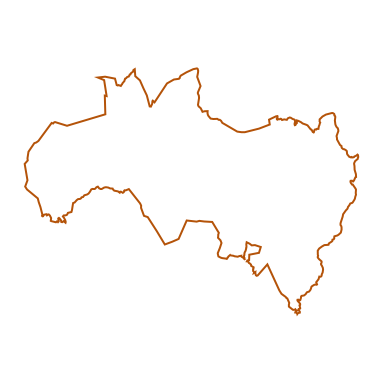 the district of Tetipac, Guerrero, Mexico, rotated 179°
{"feature_id": "50627088B33234056869880", "entity_name": "Tetipac", "entity_type": "district", "adm_level": 2, "iso_a3": "MEX", "parent_name": "Mexico", "parent_adm1": "Guerrero", "projection": "natural_earth1", "projection_center": [-99.695, 18.659], "detail": "fine", "context": "isolated", "style": "outline", "palette": "amber", "viewbox_px": 384, "rotation_deg": 179, "n_neighbors": 0, "source": "geoboundaries", "source_scale": "gbopen_adm2", "svg_char_len": 5891}
<svg xmlns="http://www.w3.org/2000/svg" viewBox="0 0 384 384"><g transform="rotate(179 192 192)"><path d="M25.7,222.2L25.6,223.1L25.2,223.9L25.2,224.5L25.4,226.0L25.9,226.5L27.4,225.3L29.0,224.7L29.4,224.1L30.7,223.7L31.7,224.2L32.0,223.9L32.3,224.1L32.9,223.9L33.7,224.4L34.1,224.4L36.0,226.8L36.3,227.6L36.5,230.2L37.5,231.2L39.0,232.1L40.0,232.2L41.4,233.4L41.7,234.3L41.7,235.3L43.2,236.5L46.1,242.0L46.1,243.4L46.5,245.4L44.6,250.4L44.7,251.6L45.1,253.2L46.2,254.3L47.1,256.0L47.5,257.3L47.9,261.0L47.4,264.5L47.6,265.4L48.3,266.0L48.3,267.2L48.5,267.6L49.9,268.5L50.9,268.5L56.7,267.1L60.2,265.2L63.1,262.4L63.2,260.3L62.6,259.1L62.9,258.7L63.5,256.5L64.0,255.6L64.5,252.9L65.8,253.0L66.1,252.9L66.6,252.3L67.4,252.5L68.1,252.3L68.5,251.8L69.1,249.6L69.3,249.4L70.2,249.9L71.2,251.9L71.6,252.4L72.2,252.5L75.3,256.6L76.5,257.2L80.2,258.6L81.8,259.9L84.5,261.3L85.8,261.7L86.0,259.0L87.0,258.3L87.1,257.6L87.5,257.1L88.0,257.0L88.3,258.2L87.7,260.7L87.9,262.2L88.5,262.7L90.2,263.3L91.9,264.5L93.0,264.8L94.9,264.0L95.9,262.5L98.6,263.0L100.7,262.4L100.9,262.5L101.4,263.4L102.0,263.7L103.2,263.2L104.2,263.4L105.2,262.8L105.8,263.1L106.0,263.7L105.1,265.5L105.3,266.4L106.7,266.2L113.7,263.0L113.1,258.1L115.6,257.2L123.9,254.2L138.0,250.9L141.3,250.9L145.7,251.6L160.5,260.6L161.7,262.7L163.0,263.7L164.1,263.7L165.4,264.7L169.4,264.6L172.1,265.1L174.2,267.7L174.8,268.9L175.1,270.5L175.0,272.6L178.1,272.5L180.1,272.0L181.8,275.6L183.9,277.5L184.5,279.0L183.3,285.9L183.5,288.3L184.4,290.3L184.4,291.4L181.6,297.8L184.8,307.0L183.9,311.2L183.7,313.1L184.2,315.0L184.9,315.5L188.6,314.8L195.4,311.8L201.3,308.5L202.4,306.5L202.3,306.2L203.1,305.4L208.1,304.8L215.1,301.0L227.9,282.3L229.6,284.0L230.0,283.5L230.2,281.0L231.6,278.1L232.8,278.3L235.5,289.4L238.7,296.4L242.1,304.5L246.7,308.8L247.1,315.8L248.4,315.0L248.9,313.3L250.8,312.0L251.5,310.7L252.2,310.6L252.7,309.3L253.1,309.0L253.3,308.5L254.7,308.2L255.8,307.0L256.9,306.5L256.9,306.0L257.4,305.2L257.6,304.2L259.7,301.8L260.1,300.8L260.8,300.2L261.3,299.3L263.7,300.2L264.3,299.8L265.4,300.2L267.0,306.7L276.9,308.8L284.1,308.1L277.9,305.4L275.7,289.4L277.5,289.9L277.3,271.2L315.8,260.4L327.7,264.3L328.5,264.1L329.7,262.9L331.1,263.5L344.7,245.7L346.9,244.2L348.8,243.6L354.8,235.1L355.9,228.6L355.7,226.4L358.8,223.0L356.3,206.6L358.7,200.3L356.9,197.4L346.3,188.3L345.4,184.5L343.8,179.6L342.0,172.0L342.4,170.8L341.9,170.3L341.3,170.4L340.5,171.8L338.8,172.2L337.9,172.3L337.4,171.2L336.1,172.1L335.5,172.0L334.5,170.9L333.3,168.4L333.7,165.6L333.4,165.4L328.6,164.1L327.5,165.0L327.0,164.8L326.5,164.2L325.8,164.9L326.2,167.9L325.5,168.4L324.8,167.8L323.5,166.0L323.2,164.3L322.3,164.1L320.9,165.1L319.0,163.5L318.8,164.2L319.2,166.0L320.5,168.5L321.5,169.8L320.7,170.8L319.2,170.8L317.7,171.2L317.1,171.9L316.4,173.3L312.9,174.1L312.3,176.1L311.3,181.8L311.0,183.1L309.6,183.5L307.4,185.9L306.0,186.9L304.2,187.0L303.1,187.6L302.5,188.6L301.0,188.9L299.7,190.6L297.0,191.3L295.5,192.2L294.0,194.1L292.7,196.3L291.6,196.8L289.5,196.7L288.7,197.0L287.6,198.3L286.5,198.9L286.0,199.0L284.8,197.3L283.4,196.6L282.2,196.6L279.7,198.0L278.0,198.3L275.6,197.9L273.8,197.0L271.3,196.8L270.9,195.9L269.7,194.7L266.0,193.9L264.3,192.6L263.9,193.5L263.6,193.6L262.9,193.5L261.2,192.4L260.3,193.0L259.8,193.7L259.8,194.5L259.3,194.9L258.2,194.8L255.1,196.0L244.1,181.5L243.1,179.3L243.2,177.0L240.4,169.0L236.7,167.7L227.9,153.5L220.1,140.0L212.7,142.6L206.2,145.3L197.8,163.6L187.9,162.3L185.1,163.0L180.3,162.3L172.3,161.7L165.9,150.7L166.6,148.6L166.5,147.9L166.8,145.8L164.4,143.2L163.4,140.5L165.1,135.6L167.3,130.4L167.2,129.3L166.7,127.1L164.5,125.9L163.1,125.4L159.2,124.8L158.4,124.5L158.0,124.9L157.6,125.8L157.2,126.0L156.8,126.8L155.0,128.3L154.8,128.0L151.7,127.5L150.6,127.0L147.4,126.5L145.8,127.1L143.9,127.4L144.0,127.0L143.6,126.4L142.0,125.5L140.7,123.9L140.5,124.0L140.9,125.0L140.8,125.5L141.1,125.8L141.2,127.2L140.8,127.8L140.8,128.4L140.6,129.1L140.7,129.5L140.4,130.7L139.5,132.2L138.8,134.6L138.9,135.0L138.5,136.0L138.6,138.9L138.2,140.8L135.3,139.3L133.2,137.6L130.0,137.8L124.2,135.8L126.1,130.0L135.8,128.3L136.1,122.9L137.8,122.6L138.3,121.7L137.5,121.6L136.8,121.1L136.4,120.1L135.4,119.5L134.3,118.4L134.1,117.1L131.8,115.7L132.1,114.5L131.9,114.5L132.3,112.9L132.2,112.5L132.3,112.0L131.2,110.9L131.5,110.0L130.0,110.9L130.1,109.8L129.7,108.0L129.5,107.6L128.8,107.1L127.8,107.4L117.9,118.3L106.4,92.1L104.3,88.6L100.1,85.4L99.4,84.3L98.6,84.0L96.7,79.4L97.1,77.7L97.1,75.7L93.2,72.5L92.6,72.4L91.0,72.6L90.7,72.9L89.9,71.8L89.2,71.5L90.5,70.7L90.8,69.8L89.9,69.8L89.6,69.1L88.9,68.7L88.8,68.2L88.5,68.6L88.0,69.1L86.3,69.5L86.3,70.5L87.7,72.4L87.4,73.1L86.0,73.5L85.8,73.9L86.5,76.8L85.9,77.1L85.8,77.9L85.9,78.5L88.2,81.2L88.5,81.9L88.4,82.4L87.6,82.5L87.2,82.2L87.1,81.8L86.7,81.7L86.0,81.8L85.6,82.1L84.9,84.3L84.8,85.4L84.3,86.2L81.8,86.6L80.2,87.8L78.9,89.7L76.7,90.4L75.5,91.8L74.8,93.2L74.2,95.2L73.5,95.8L71.3,97.1L70.0,97.3L69.0,97.1L68.6,97.4L69.4,99.6L67.0,102.6L66.2,105.2L65.2,105.0L64.2,105.4L63.8,106.4L63.7,107.4L62.8,109.2L62.3,112.1L62.5,113.9L63.6,116.4L64.1,117.0L64.3,117.9L63.8,118.8L63.6,119.8L63.7,120.4L66.2,122.7L67.4,124.3L67.4,125.1L67.0,126.0L67.3,127.0L67.3,131.1L65.9,133.2L63.1,135.2L60.6,136.6L56.7,136.8L56.3,137.0L56.3,137.6L55.9,138.3L53.3,139.9L52.6,140.5L52.4,141.9L51.2,142.2L50.6,143.0L50.6,144.3L50.4,145.2L47.4,146.0L46.1,146.8L43.9,148.8L43.1,151.9L43.1,154.0L43.3,155.2L44.0,156.2L44.1,157.4L43.9,158.6L41.8,164.7L41.3,167.1L38.5,170.9L37.0,172.4L36.6,173.2L36.3,174.3L35.0,175.9L34.0,177.7L31.9,178.4L31.5,178.8L29.6,181.7L29.2,182.7L28.8,184.5L28.1,186.4L28.3,188.1L28.0,191.5L28.4,192.5L31.1,196.6L31.8,196.6L33.0,198.3L33.4,199.4L33.3,200.1L33.2,200.4L31.9,200.5L30.8,199.7L29.9,200.6L28.4,203.8L27.7,204.1L27.8,207.0L29.0,211.3L29.1,215.2L29.4,217.1L29.4,217.9L28.4,220.0L25.7,222.2Z" fill="none" stroke="#b45309" stroke-width="2"/></g></svg>